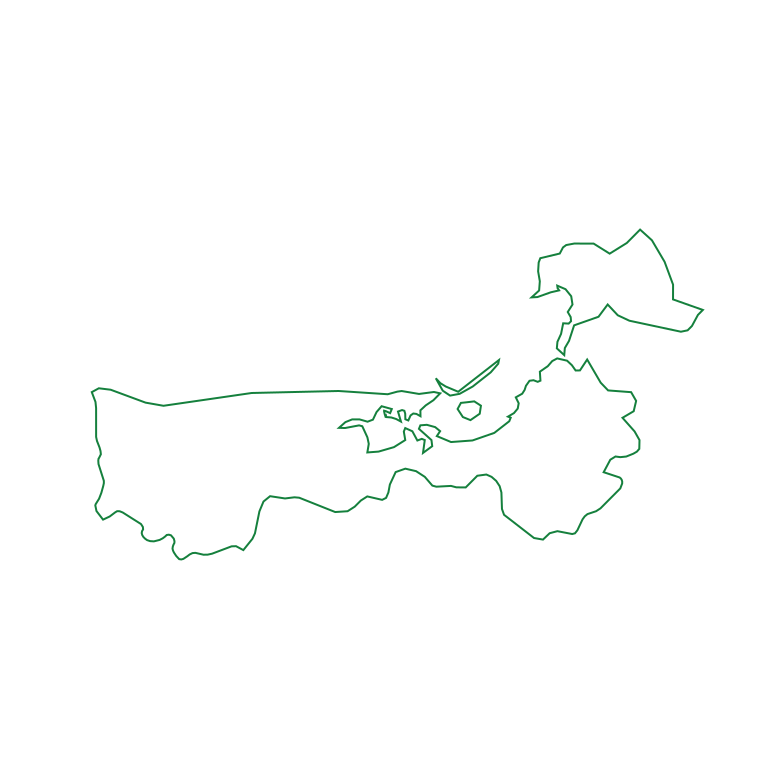 SVG path tracing the border of Venezia, rotated 202°
{"feature_id": "ITA-5461", "entity_name": "Venezia", "entity_type": "Province", "adm_level": 1, "iso_a3": "ITA", "parent_name": "Italy", "parent_adm1": "", "projection": "natural_earth1", "projection_center": [12.445, 45.457], "detail": "fine", "context": "isolated", "style": "outline", "palette": "green", "viewbox_px": 768, "rotation_deg": 202, "n_neighbors": 0, "source": "natural_earth", "source_scale": "10m", "svg_char_len": 3757}
<svg xmlns="http://www.w3.org/2000/svg" viewBox="0 0 768 768"><g transform="rotate(202 384 384)"><path d="M651.9,267.0L646.8,273.2L635.3,276.3L598.1,277.4L580.3,281.2L503.3,326.1L423.5,360.5L376.7,375.9L368.8,381.9L365.0,384.1L347.8,387.9L334.7,395.3L328.4,396.4L332.1,387.5L337.3,379.8L340.4,373.2L338.1,367.8L342.7,368.4L345.8,367.6L347.6,364.8L347.8,359.3L351.0,359.3L353.2,364.4L355.1,366.8L357.5,366.6L360.7,363.7L354.2,355.5L359.6,356.1L364.7,355.7L369.5,354.2L370.4,355.5L370.7,354.7L372.2,356.5L373.7,358.7L373.9,359.3L372.2,359.5L367.4,359.3L367.4,363.7L377.9,362.5L380.4,355.2L380.9,346.8L385.1,342.9L393.5,342.0L400.3,339.2L405.5,334.2L409.3,326.5L403.6,328.6L391.6,336.3L388.3,336.7L379.4,328.3L375.7,322.8L373.8,314.3L363.7,319.3L351.1,329.2L343.3,340.0L347.8,347.3L347.8,351.1L340.0,350.8L331.9,344.1L328.4,347.3L325.2,347.3L322.0,334.7L316.0,344.4L319.0,349.8L334.8,355.5L334.8,359.3L329.0,362.2L320.4,363.2L314.3,361.3L315.5,355.5L300.1,355.3L280.8,364.8L263.4,380.0L253.9,396.4L253.9,400.2L256.8,400.2L252.6,405.7L250.8,411.3L251.9,416.6L256.8,421.0L252.2,426.8L251.4,431.2L251.7,435.5L250.3,441.5L246.8,443.5L242.3,443.6L240.2,445.7L244.1,453.8L238.8,461.9L236.6,468.3L233.0,472.6L223.0,474.2L216.8,471.8L211.4,468.3L207.4,470.0L204.8,482.8L183.6,466.4L173.8,462.0L151.8,469.0L143.9,462.8L142.3,452.3L150.2,442.0L133.9,433.9L126.1,427.7L123.0,419.5L124.2,416.0L126.7,412.8L132.2,407.5L137.5,404.7L142.2,403.5L145.8,398.6L147.3,384.5L130.5,385.6L129.0,385.1L127.7,384.2L126.6,382.8L125.9,381.0L125.8,375.7L136.7,349.8L139.7,345.5L146.6,339.6L148.3,336.5L149.2,332.9L149.9,320.8L151.0,317.1L153.3,315.4L168.1,312.5L174.5,307.7L178.3,299.3L187.2,297.4L223.7,307.7L227.8,312.3L234.5,327.4L238.5,332.6L243.7,336.2L249.5,338.2L255.2,338.4L263.1,333.9L269.5,318.7L278.2,315.3L283.7,314.6L297.0,308.4L301.1,307.9L311.4,313.2L321.6,315.2L332.5,313.5L340.2,306.7L340.9,293.0L339.3,285.1L339.4,279.2L342.3,275.9L357.4,273.5L361.8,267.3L365.2,259.3L370.1,252.4L381.3,247.0L420.0,246.8L424.6,245.4L432.9,240.8L447.6,237.3L451.7,229.9L451.8,219.2L447.7,197.2L448.0,191.2L452.2,177.3L460.4,178.2L464.5,176.4L479.8,162.3L483.6,159.7L487.4,158.1L495.6,156.8L498.2,155.5L500.3,153.2L501.9,150.5L504.5,146.7L506.2,145.4L508.3,144.9L512.2,146.7L515.7,149.1L517.2,150.5L518.4,152.1L518.9,154.1L519.0,156.3L518.8,158.1L519.4,159.8L521.0,161.9L524.8,163.9L527.0,163.7L528.9,162.6L529.8,160.6L531.3,158.1L533.6,155.4L538.4,151.9L542.0,150.7L545.2,150.5L547.6,151.1L549.9,152.1L551.6,153.4L552.8,155.0L553.2,156.9L552.9,159.0L554.0,161.1L556.8,163.1L578.1,167.0L581.4,167.0L583.8,166.1L585.1,164.4L588.7,158.4L593.7,153.0L603.0,158.5L606.2,163.3L606.3,164.6L605.2,170.9L605.3,177.2L606.1,184.2L606.6,187.1L607.5,189.3L618.7,202.8L620.2,205.9L620.7,207.8L620.5,208.7L620.2,212.8L621.7,215.6L624.0,218.6L628.8,223.7L631.1,227.1L641.9,253.8L644.8,259.3L651.9,267.0ZM228.6,493.3L229.8,485.1L227.7,478.3L237.1,481.8L239.0,488.1L238.6,496.8L240.6,507.4L235.4,509.2L234.1,512.3L236.0,516.0L240.6,519.6L239.0,528.3L243.3,535.5L251.2,539.9L260.2,540.1L258.9,537.8L258.4,537.6L256.7,536.4L263.7,531.5L274.3,522.1L279.6,519.6L275.2,528.8L278.0,537.6L283.3,546.2L286.1,554.6L286.2,559.2L269.9,570.8L269.2,577.7L267.1,581.1L260.2,585.5L242.2,592.7L223.6,589.4L211.7,605.7L204.4,623.1L189.4,617.6L169.6,602.4L153.2,584.4L147.7,570.7L116.1,572.1L118.8,565.7L120.2,553.2L122.6,547.5L128.3,543.7L180.2,534.6L193.0,535.3L206.4,541.5L210.3,526.7L229.7,509.6L228.6,493.3ZM300.8,414.9L310.2,403.2L318.4,398.0L327.0,399.8L338.1,408.7L332.1,405.9L325.8,404.8L312.3,404.6L286.4,449.3L285.7,445.6L289.4,434.8L300.8,414.9ZM290.3,382.9L298.5,382.9L306.4,388.4L305.6,395.3L300.9,397.8L293.8,401.7L286.0,400.2L284.1,392.3L290.3,382.9Z" fill="none" stroke="#15803d" stroke-width="2"/></g></svg>